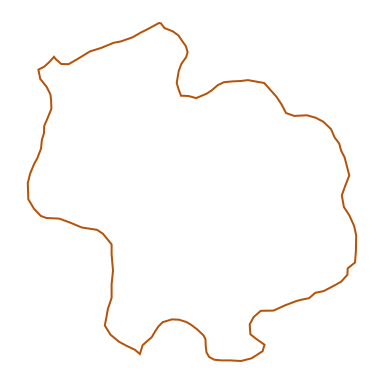 Saatly District, Saatlı, Azerbaijan
{"feature_id": "54616110B939777630101", "entity_name": "Saatly District", "entity_type": "district", "adm_level": 2, "iso_a3": "AZE", "parent_name": "Azerbaijan", "parent_adm1": "Saatlı", "projection": "mercator", "projection_center": [48.463, 39.842], "detail": "fine", "context": "isolated", "style": "outline", "palette": "amber", "viewbox_px": 384, "rotation_deg": 0, "n_neighbors": 0, "source": "geoboundaries", "source_scale": "gbopen_adm2", "svg_char_len": 1718}
<svg xmlns="http://www.w3.org/2000/svg" viewBox="0 0 384 384"><path d="M54.0,56.8L49.5,61.9L44.0,66.8L38.4,69.6L40.2,78.8L46.6,86.8L50.4,94.4L51.1,100.2L51.4,108.8L47.6,118.1L44.2,126.0L44.0,133.1L41.9,139.8L41.0,148.7L37.3,158.2L34.1,164.0L30.1,173.7L27.8,183.2L28.3,199.2L33.8,208.5L40.8,215.9L46.3,218.0L59.2,218.6L70.1,222.6L81.8,227.5L96.9,229.8L102.9,233.7L111.6,244.4L111.6,254.1L113.0,270.6L111.6,284.5L111.6,297.9L107.9,308.9L106.5,316.8L104.8,325.5L110.5,334.7L119.1,341.8L126.5,345.8L134.8,349.7L139.9,354.0L140.1,353.4L142.6,345.2L146.4,341.8L151.7,337.2L155.1,331.4L158.3,326.6L162.6,322.2L171.9,319.4L179.0,319.7L185.4,321.7L186.2,321.9L191.0,324.7L197.2,329.4L203.5,335.4L205.5,339.3L205.7,345.8L206.5,352.4L209.1,356.9L214.2,359.7L221.6,360.4L230.1,360.4L241.0,361.0L251.6,358.3L262.6,351.2L264.5,344.7L256.1,338.8L250.4,334.3L249.7,324.3L253.7,317.0L260.8,310.8L273.5,310.6L284.9,305.4L296.2,301.1L301.4,299.7L309.0,298.2L315.3,292.8L323.6,291.1L334.5,285.4L341.1,281.7L347.4,274.8L347.7,268.4L355.0,262.5L355.9,251.1L356.2,235.4L354.1,225.9L349.3,215.3L343.9,207.0L341.8,195.4L345.1,186.1L349.3,175.5L344.6,157.4L341.1,150.6L339.2,143.5L334.6,137.4L331.0,129.1L323.4,121.8L315.6,117.7L307.0,115.3L294.1,115.9L286.0,113.0L281.6,104.5L276.5,96.8L268.0,87.2L264.2,83.0L247.9,80.1L240.9,81.0L232.3,81.4L223.9,82.2L217.7,85.2L211.5,90.5L206.6,93.7L196.1,98.1L188.5,96.0L181.0,95.7L178.5,89.0L176.7,83.0L178.7,71.1L181.3,64.0L186.1,57.2L187.6,52.3L185.9,46.2L181.9,40.6L178.5,35.5L172.9,31.4L164.3,28.0L160.9,23.3L159.0,23.0L146.8,29.6L140.5,32.7L132.6,37.3L120.5,41.5L113.6,42.8L101.2,47.9L90.0,51.4L77.4,59.1L68.5,64.2L61.3,64.0L55.7,59.1L54.0,56.8Z" fill="none" stroke="#b45309" stroke-width="2"/></svg>